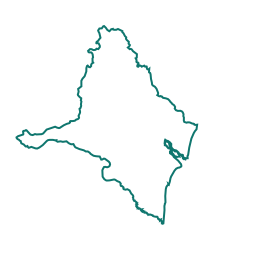 Esmeraldas, Esmeraldas, Ecuador (Albers equal-area conic projection), rotated 126°
{"feature_id": "8360857B50260374474946", "entity_name": "Esmeraldas", "entity_type": "district", "adm_level": 2, "iso_a3": "ECU", "parent_name": "Ecuador", "parent_adm1": "Esmeraldas", "projection": "albers", "projection_center": [-79.613, 0.807], "detail": "fine", "context": "isolated", "style": "outline", "palette": "teal", "viewbox_px": 256, "rotation_deg": 126, "n_neighbors": 0, "source": "geoboundaries", "source_scale": "gbopen_adm2", "svg_char_len": 5772}
<svg xmlns="http://www.w3.org/2000/svg" viewBox="0 0 256 256"><g transform="rotate(126 128 128)"><path d="M52.9,189.5L53.8,194.3L55.5,195.3L56.7,196.9L57.1,198.1L56.7,198.5L57.9,199.6L60.0,199.8L60.7,200.0L60.8,202.4L59.9,205.0L59.6,207.3L60.3,207.8L62.8,207.8L64.3,209.6L66.6,209.5L67.3,208.6L68.1,206.9L71.2,203.3L73.8,203.5L74.8,203.3L76.7,204.0L77.9,203.6L78.0,203.3L77.2,202.4L76.8,201.5L78.0,199.2L79.0,198.4L81.6,198.4L82.4,200.1L83.8,200.2L85.0,201.4L85.4,202.2L85.6,203.7L86.5,205.1L89.1,205.6L89.8,204.5L89.7,203.9L88.5,202.2L88.6,201.1L89.2,199.9L91.4,197.8L92.6,197.6L95.1,195.7L95.6,194.5L97.2,195.2L98.7,194.9L99.6,194.2L101.1,194.4L101.6,195.3L101.2,197.3L102.0,197.6L104.0,196.9L106.7,195.0L110.6,193.8L111.7,193.5L114.8,193.8L117.2,193.5L121.7,190.2L125.7,191.3L127.6,189.3L130.5,188.2L130.9,187.6L131.3,185.7L131.5,184.1L131.4,183.4L132.0,182.9L133.3,182.5L133.9,181.3L136.5,180.0L137.6,178.9L139.7,178.2L141.0,178.5L142.7,176.6L143.8,175.8L147.3,175.1L148.1,173.9L149.1,173.5L150.3,173.8L151.5,174.8L153.4,175.3L154.8,176.7L156.3,178.7L156.8,178.8L157.5,178.2L158.5,178.3L160.7,180.0L163.4,181.5L168.1,183.3L168.7,183.9L169.4,185.6L169.8,187.7L177.1,192.9L182.3,193.4L183.8,194.3L186.9,198.1L187.6,199.7L189.7,200.9L190.5,202.5L190.6,203.5L189.5,208.8L189.7,209.3L190.7,209.7L191.8,210.8L192.4,210.9L194.4,209.1L194.9,209.0L199.2,212.1L201.1,212.7L201.5,212.3L201.9,210.9L201.6,209.4L201.9,208.1L201.6,207.2L203.1,205.3L202.6,202.6L203.1,200.0L202.8,199.4L201.7,198.8L202.3,197.5L202.3,196.6L200.1,195.1L198.9,191.0L198.0,189.4L195.8,188.2L191.9,186.9L186.3,186.1L184.9,185.6L183.7,184.5L181.7,181.7L180.8,179.7L180.0,178.8L180.6,178.6L180.5,176.9L178.4,174.7L177.5,172.6L174.9,169.9L175.1,167.1L174.8,165.1L174.3,164.0L173.1,162.7L174.4,159.9L174.5,158.9L173.6,154.9L172.0,150.6L171.8,148.4L170.6,146.7L170.5,144.5L170.9,143.1L170.7,139.6L169.7,137.4L167.7,134.1L169.3,131.1L168.9,130.5L166.9,129.5L166.5,128.6L166.5,123.7L167.0,122.2L168.0,121.1L169.5,120.6L170.8,120.9L172.0,121.8L172.9,123.7L173.8,124.5L176.6,124.1L177.4,123.8L182.3,119.9L183.3,117.2L183.3,115.2L183.0,114.3L181.3,112.2L177.8,109.0L177.4,107.9L177.3,105.4L176.7,103.1L177.2,101.2L178.3,100.7L178.9,100.0L179.0,99.4L178.5,98.6L178.7,96.7L179.8,96.1L180.0,95.5L179.4,93.8L177.9,92.5L177.6,90.0L179.2,86.8L179.4,85.1L179.8,84.0L180.5,83.3L181.3,83.2L181.5,82.7L182.7,81.7L183.3,80.2L182.8,79.9L183.0,79.5L183.1,77.1L183.6,76.7L183.5,76.4L184.0,76.4L184.2,76.6L184.4,76.3L184.7,76.4L184.7,75.6L185.3,75.9L186.4,75.5L186.7,74.6L186.2,74.4L186.3,74.0L186.5,73.4L186.9,73.5L186.9,72.6L187.2,72.6L187.0,72.3L187.0,71.7L186.2,71.4L186.3,69.6L186.0,69.3L186.5,69.4L186.9,69.3L187.3,67.8L186.9,67.4L187.2,66.8L186.8,66.4L186.4,66.7L186.5,66.2L186.3,66.2L186.7,65.3L186.2,65.2L186.6,64.7L186.0,64.1L186.0,63.5L185.6,63.3L185.6,62.9L186.1,62.6L185.9,60.7L186.2,60.5L185.5,60.0L185.4,59.5L184.7,58.8L184.6,57.7L184.1,56.8L184.5,56.2L184.2,54.9L183.3,53.0L182.7,52.5L182.7,51.7L183.8,50.3L183.6,49.6L183.8,49.5L183.9,48.8L183.4,49.0L183.3,48.5L183.6,48.1L182.9,47.7L183.8,47.4L183.2,47.1L183.5,46.7L183.5,45.8L184.3,45.4L184.3,44.9L184.9,44.7L184.9,44.1L185.2,44.1L185.1,43.7L184.4,43.3L173.0,50.2L169.7,52.7L167.5,53.6L167.0,54.2L167.1,53.7L166.1,54.0L161.1,57.9L155.2,61.5L153.2,62.3L151.3,62.4L150.7,62.2L150.2,61.7L149.7,62.3L149.8,61.7L146.9,62.6L143.7,64.1L141.8,64.6L135.2,65.3L132.6,65.1L130.8,64.2L129.7,63.1L127.9,62.3L127.3,62.5L126.1,63.8L124.9,68.3L124.5,73.9L123.7,75.6L123.7,79.2L122.4,80.2L121.3,80.1L120.7,80.4L119.9,81.2L120.0,81.9L120.7,83.5L119.9,86.7L120.0,87.6L120.4,88.3L120.6,88.8L119.8,87.9L119.5,88.7L119.0,89.3L116.1,90.9L115.6,91.0L115.6,89.3L115.0,88.1L115.0,85.6L115.5,83.6L117.6,82.2L118.3,81.0L118.6,79.8L118.8,78.2L117.8,75.7L118.1,72.7L118.8,71.5L118.4,69.7L118.9,70.3L118.4,69.2L117.8,68.5L117.6,67.9L118.1,67.2L120.3,65.7L120.4,64.5L120.2,63.7L119.7,65.7L119.2,66.0L118.8,64.4L119.5,63.6L119.5,63.1L118.4,63.4L117.4,62.0L115.7,63.4L114.5,63.5L107.7,67.0L99.3,70.5L93.4,71.8L91.1,72.0L88.8,71.8L84.7,74.0L85.7,75.0L86.3,76.2L85.9,76.9L86.2,78.0L86.6,78.5L87.2,81.3L88.2,82.9L89.3,83.8L90.0,86.0L89.3,87.1L86.6,89.0L85.9,90.2L84.2,91.2L83.2,92.8L82.9,93.9L83.2,95.6L84.9,97.8L85.4,99.7L84.8,101.6L83.3,102.2L82.5,104.0L82.5,106.6L82.0,107.8L82.1,108.5L81.4,110.6L81.1,112.6L81.8,114.9L83.0,117.4L82.6,118.9L83.0,119.4L82.9,120.3L83.8,121.0L84.1,121.9L84.2,123.6L82.8,123.6L81.8,124.4L79.5,128.0L78.8,130.4L79.0,133.0L78.7,134.0L77.2,135.4L74.8,138.2L71.3,141.3L70.5,142.4L70.6,143.6L70.4,143.9L67.6,145.6L68.4,145.8L69.1,146.7L68.9,147.5L67.3,149.0L67.5,149.5L68.3,150.2L68.0,151.5L70.3,153.0L70.1,153.8L70.5,155.5L72.4,155.7L72.7,156.4L72.5,156.9L71.9,157.2L69.4,157.6L69.2,158.5L69.7,159.6L69.5,160.1L68.0,161.0L67.1,162.8L66.3,162.3L65.9,162.3L63.0,164.2L62.9,169.1L62.2,171.3L62.4,172.3L63.2,172.9L63.0,175.4L61.0,175.0L59.8,175.2L59.4,177.1L57.8,178.0L57.5,180.7L57.0,182.1L55.7,182.7L55.4,184.6L54.0,187.3L53.8,188.9L52.9,189.5ZM122.9,75.2L123.4,73.4L122.8,72.6L122.9,71.7L122.0,70.7L120.9,70.1L120.8,69.6L119.4,71.1L119.4,72.1L118.5,73.5L118.2,74.7L118.2,75.3L118.8,75.4L119.4,76.4L118.8,80.4L121.7,78.3L122.4,77.3L122.5,75.9L122.9,75.2ZM117.0,90.3L119.6,88.2L119.7,86.4L120.3,84.0L119.3,81.5L118.8,82.0L117.6,84.3L115.8,86.3L115.9,87.7L117.0,90.3ZM119.0,78.2L119.2,76.4L118.2,75.5L118.1,76.3L119.0,78.2ZM119.0,69.9L118.8,68.6L118.1,67.5L117.8,67.8L117.9,68.5L118.5,69.1L119.0,69.9ZM116.3,84.7L117.0,84.0L118.1,82.4L116.6,83.4L116.3,84.7ZM118.9,68.3L119.1,67.8L119.3,67.0L118.3,67.4L118.9,68.3ZM123.1,78.4L123.4,77.4L122.8,78.6L123.1,78.4ZM118.9,71.5L119.0,70.8L118.6,70.3L118.7,70.6L118.9,71.5ZM118.2,73.1L118.3,72.8L118.7,72.5L118.2,72.7L118.2,73.1ZM118.3,72.5L118.8,72.2L118.8,71.9L118.3,72.5Z" fill="none" stroke="#0f766e" stroke-width="2"/></g></svg>